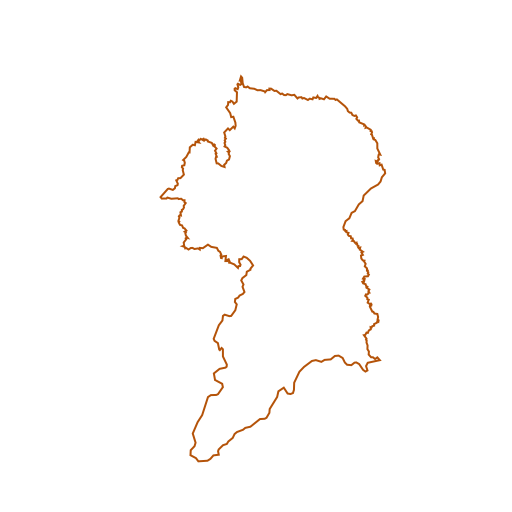 outline of Santa Isabel do Rio Negro, Amazonas, Brazil, rotated 326°
{"feature_id": "56859067B13835224033423", "entity_name": "Santa Isabel do Rio Negro", "entity_type": "district", "adm_level": 2, "iso_a3": "BRA", "parent_name": "Brazil", "parent_adm1": "Amazonas", "projection": "robinson", "projection_center": [-65.415, -0.252], "detail": "fine", "context": "isolated", "style": "outline", "palette": "amber", "viewbox_px": 512, "rotation_deg": 326, "n_neighbors": 0, "source": "geoboundaries", "source_scale": "gbopen_adm2", "svg_char_len": 6160}
<svg xmlns="http://www.w3.org/2000/svg" viewBox="0 0 512 512"><g transform="rotate(326 256 256)"><path d="M345.6,308.7L347.1,307.3L345.6,306.8L345.5,306.0L346.5,305.0L345.9,304.2L346.6,302.6L345.9,302.0L346.8,301.1L345.4,300.3L345.5,298.3L344.3,297.3L345.3,297.0L345.9,295.5L344.7,294.5L345.6,292.6L344.2,291.2L344.1,289.6L345.6,288.6L344.2,286.8L345.0,285.8L344.0,285.2L344.4,284.2L343.5,283.2L344.6,280.9L349.8,277.2L354.5,276.9L359.4,273.7L363.1,274.1L370.1,270.7L375.0,270.1L379.1,266.1L389.0,264.3L397.2,265.0L400.9,263.9L404.4,261.1L409.3,259.7L410.8,256.5L409.8,255.5L411.2,250.5L409.3,250.0L410.3,248.1L408.0,247.3L407.6,246.1L408.4,244.3L408.8,245.0L410.2,244.8L409.7,245.6L412.2,244.6L412.4,242.6L414.2,240.7L414.8,240.4L415.7,241.4L416.7,234.7L419.6,230.4L419.8,226.5L418.9,225.3L419.5,224.4L418.8,224.2L420.0,220.1L419.6,219.5L421.4,218.3L421.7,217.2L420.9,216.5L421.7,215.5L419.6,211.3L418.6,211.0L419.5,210.2L419.4,208.2L418.7,208.2L419.2,207.3L416.3,202.9L417.1,201.3L416.2,200.8L415.9,198.4L417.4,197.6L417.4,195.3L416.0,195.0L414.8,193.1L415.1,190.5L413.8,189.4L413.2,187.2L413.9,185.0L413.5,181.6L410.6,171.4L409.2,171.1L408.9,169.5L405.0,166.8L403.4,163.0L400.0,164.1L398.1,161.7L396.6,161.3L397.1,160.4L396.2,159.2L396.5,157.7L394.2,158.6L392.2,156.6L390.5,157.7L388.5,155.6L386.3,155.7L384.1,151.8L382.5,151.4L382.5,149.8L380.0,148.4L378.5,148.6L377.9,143.8L375.4,142.7L372.5,139.3L370.8,139.4L369.3,138.3L368.5,135.9L366.9,135.6L365.3,130.4L363.6,129.5L362.1,125.7L360.7,124.7L360.0,126.0L357.8,124.6L355.2,125.3L355.3,124.5L352.5,121.0L349.9,119.4L348.1,116.4L344.7,113.5L343.8,110.8L342.2,110.7L340.6,109.2L341.6,105.3L344.2,100.5L344.0,98.8L340.7,101.5L341.5,102.0L340.1,105.3L338.5,105.3L337.4,103.1L336.6,103.3L335.6,106.3L334.1,107.4L332.7,105.3L331.8,105.4L331.0,106.7L331.8,109.6L326.3,117.2L322.8,117.5L322.8,114.8L321.9,113.2L320.4,114.0L319.0,112.9L317.3,115.1L314.4,116.1L314.5,123.1L313.1,127.0L315.1,127.9L313.5,133.9L311.9,136.7L309.7,138.3L309.5,136.1L304.6,137.0L304.1,134.6L298.7,135.8L297.5,139.7L296.3,140.6L296.7,141.8L294.7,142.6L294.4,144.2L293.1,144.7L292.5,147.0L291.2,147.6L292.7,150.2L292.8,153.4L292.6,154.3L291.1,153.8L291.4,155.3L290.4,156.1L290.2,158.6L287.6,160.9L285.2,160.7L283.3,162.2L280.6,162.6L279.7,164.6L277.6,161.9L276.5,158.2L275.2,157.2L276.8,152.8L278.3,151.5L279.0,151.8L279.7,148.7L280.6,148.7L280.9,145.8L283.4,144.9L282.9,142.2L284.0,140.9L283.7,140.1L282.3,140.5L282.6,137.5L280.1,134.1L280.6,133.3L279.6,131.3L278.2,131.3L278.2,129.5L277.3,129.4L276.9,130.4L275.7,128.0L273.8,128.4L273.5,127.4L272.0,127.9L272.2,130.0L269.7,127.6L267.3,130.0L265.8,128.4L261.9,128.9L258.8,133.0L258.2,132.5L253.6,134.9L249.3,135.7L249.8,136.8L249.1,138.9L247.3,140.7L245.2,139.9L244.2,140.9L244.4,142.8L243.3,143.8L241.7,148.2L236.9,149.2L235.0,148.0L233.4,149.0L232.2,148.7L231.6,152.4L230.5,153.4L228.2,152.9L226.6,154.5L224.0,154.7L221.5,151.4L220.3,151.1L209.8,153.8L210.0,155.7L213.9,158.3L215.2,158.0L217.8,161.2L223.4,164.4L223.7,165.5L226.0,166.7L226.7,169.1L227.9,169.8L226.8,171.4L227.3,172.8L224.1,174.0L223.4,175.5L221.7,176.4L220.3,176.3L219.4,177.7L217.8,177.5L216.4,180.5L215.4,179.6L214.2,180.0L214.0,181.4L211.2,183.6L211.6,184.6L210.7,185.0L210.4,187.7L211.8,189.3L211.3,192.0L212.2,193.1L212.5,196.0L210.5,196.0L211.1,197.2L210.1,197.7L209.3,199.9L209.5,202.8L208.7,201.9L207.6,202.0L207.5,203.1L203.6,204.4L202.2,207.3L200.7,206.9L201.9,208.5L201.6,210.0L202.4,209.9L203.7,212.9L206.4,212.9L207.9,213.8L208.9,215.8L212.2,217.3L213.0,219.2L214.0,217.9L216.3,219.8L222.5,219.7L224.0,223.4L228.1,227.4L227.7,230.6L228.5,232.5L228.0,235.4L226.9,235.7L225.9,238.1L226.4,238.6L227.4,237.3L231.1,239.2L227.8,243.1L229.4,244.2L229.9,243.1L231.5,243.4L231.0,246.1L230.0,246.5L229.7,247.3L230.5,246.6L233.3,250.8L234.4,255.8L235.8,254.6L237.2,255.4L238.3,254.6L238.6,251.7L240.3,249.3L242.4,250.6L245.4,249.5L247.3,252.3L248.4,256.7L248.3,262.2L244.3,263.4L243.7,264.3L239.6,263.9L237.3,266.4L232.4,266.7L230.1,268.0L229.7,272.6L227.6,274.0L226.3,279.4L223.9,280.1L220.3,279.6L217.9,280.5L214.8,280.0L212.8,282.3L213.0,285.3L208.5,289.4L201.9,291.8L200.3,291.0L197.2,287.1L195.1,287.2L192.1,290.7L186.5,292.6L174.6,301.0L174.2,303.2L175.7,306.9L173.2,313.0L173.4,313.8L176.0,313.0L176.4,314.8L172.4,320.8L171.1,329.7L169.8,331.3L168.3,331.5L162.7,329.2L155.4,329.8L152.7,335.9L156.5,343.0L155.2,346.2L147.2,349.3L145.4,349.0L140.8,346.1L137.3,346.1L122.4,357.8L114.7,361.1L104.3,367.8L101.5,377.0L98.7,379.3L93.3,380.5L90.3,384.5L93.2,390.0L93.4,394.0L101.3,398.6L104.7,398.7L109.2,397.5L114.0,399.9L115.4,396.6L116.9,395.5L122.9,394.4L126.7,395.5L129.3,394.3L135.0,393.8L138.7,391.6L141.8,391.3L148.1,392.8L151.0,392.5L155.9,394.4L168.1,393.4L172.2,395.8L174.2,396.0L179.4,393.5L181.8,390.5L194.7,384.7L198.9,380.7L205.4,380.7L205.3,387.7L207.4,389.7L210.0,390.3L212.6,388.2L216.8,382.4L227.3,376.2L233.8,374.8L243.7,374.3L247.4,375.8L251.0,380.3L254.8,380.5L260.1,383.5L265.5,383.0L268.8,384.8L270.8,389.0L270.1,394.0L270.7,397.1L274.0,399.8L278.0,399.5L279.6,400.3L281.1,403.3L281.1,410.3L282.1,413.0L284.4,413.2L285.7,408.8L288.9,407.0L300.4,411.6L299.9,407.9L297.1,408.0L296.3,405.3L294.8,404.3L294.3,400.7L296.2,398.3L296.3,395.5L298.5,392.5L299.2,389.6L300.6,387.8L300.4,386.9L301.4,386.3L301.2,382.0L302.5,382.5L304.8,381.3L305.7,382.3L307.9,380.8L310.1,381.0L311.2,379.1L311.8,379.9L313.1,379.2L315.0,379.8L315.8,378.5L318.9,378.9L320.0,378.0L320.6,379.0L321.7,377.9L321.3,376.6L323.1,374.9L324.2,371.9L322.0,369.9L322.1,367.9L321.3,367.2L322.1,361.5L322.6,361.0L323.8,361.6L324.7,360.7L324.7,359.7L323.4,359.3L322.5,357.1L325.0,355.3L324.1,354.1L325.0,352.8L324.3,350.1L325.7,349.3L326.5,350.1L328.2,350.0L328.9,349.0L329.5,349.5L329.7,347.9L331.2,347.2L329.9,344.1L331.1,343.8L330.5,342.3L331.1,340.7L329.5,338.6L329.7,337.0L331.2,337.7L332.7,336.3L331.8,336.2L332.7,335.2L332.1,334.6L334.3,333.6L337.5,335.4L339.2,334.5L338.8,333.1L340.0,332.3L339.8,331.2L340.5,330.6L339.9,330.0L341.1,328.3L340.4,325.4L342.5,323.8L342.6,320.7L343.2,320.4L342.1,319.4L341.9,317.0L343.3,314.3L345.2,314.8L345.4,312.1L347.0,312.3L345.6,308.7Z" fill="none" stroke="#b45309" stroke-width="2"/></g></svg>